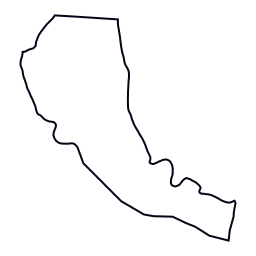 outline of Coolie Town, Praslin, Saint Lucia
{"feature_id": "8701671B21751079889511", "entity_name": "Coolie Town", "entity_type": "district", "adm_level": 2, "iso_a3": "LCA", "parent_name": "Saint Lucia", "parent_adm1": "Praslin", "projection": "albers", "projection_center": [-60.913, 13.854], "detail": "fine", "context": "isolated", "style": "outline", "palette": "ink", "viewbox_px": 256, "rotation_deg": 0, "n_neighbors": 0, "source": "geoboundaries", "source_scale": "gbopen_adm2", "svg_char_len": 5802}
<svg xmlns="http://www.w3.org/2000/svg" viewBox="0 0 256 256"><path d="M22.6,51.9L22.6,52.8L22.6,53.3L22.5,53.7L22.3,54.8L22.1,56.0L22.0,56.3L21.7,57.5L21.6,57.9L21.5,58.2L21.2,59.0L21.0,59.7L20.9,60.1L20.7,60.9L20.7,61.3L20.6,61.7L20.6,62.0L20.5,63.2L20.5,64.4L20.6,64.9L20.6,65.3L20.7,65.8L20.9,66.2L21.0,66.5L21.4,67.7L21.7,68.4L22.4,70.3L22.6,71.1L22.7,71.4L22.7,71.9L22.8,72.9L22.9,73.3L23.0,73.7L23.0,74.1L23.1,74.7L23.2,75.1L23.3,75.5L23.5,76.4L23.6,76.8L23.9,77.5L24.0,77.9L24.6,79.5L24.8,80.0L25.4,81.8L25.7,82.4L25.9,83.2L26.2,84.0L26.4,84.9L26.6,85.8L26.9,87.0L27.2,88.0L27.7,89.2L28.7,91.2L29.4,92.6L30.4,95.1L30.5,95.5L30.7,95.9L32.1,98.6L32.3,99.0L32.6,99.7L34.0,103.1L34.9,105.2L35.1,105.6L35.2,106.0L35.3,106.3L35.5,107.2L35.7,108.0L35.9,108.8L36.0,109.1L36.1,109.6L36.2,110.0L36.4,110.7L36.7,111.7L37.0,112.4L37.2,112.8L37.3,113.1L37.7,113.8L38.0,114.1L38.3,114.3L39.4,114.8L40.1,115.1L40.7,115.6L41.4,116.2L41.7,116.5L42.6,117.4L42.8,117.7L43.1,118.1L43.7,118.6L44.3,119.1L44.6,119.3L45.6,120.0L47.1,120.6L48.2,121.1L48.5,121.2L48.9,121.3L49.2,121.4L49.6,121.5L50.0,121.6L50.9,121.6L52.7,121.9L53.1,122.0L53.4,122.1L53.8,122.2L54.1,122.4L54.4,122.7L55.0,123.2L55.3,123.5L55.5,123.7L55.7,124.2L55.8,124.5L55.9,124.9L55.9,126.0L55.9,126.4L55.4,127.9L55.1,128.7L55.0,129.0L54.7,129.7L54.4,130.4L54.1,131.5L53.8,132.4L53.6,133.1L53.5,133.9L53.5,135.3L53.6,135.8L54.0,136.9L54.1,137.3L54.2,137.7L54.4,138.1L55.0,139.3L55.7,140.2L56.2,140.9L57.2,141.6L57.5,141.9L57.8,142.1L58.5,142.5L59.3,143.0L59.7,143.1L60.6,143.4L61.4,143.5L61.8,143.5L62.3,143.6L63.1,143.6L63.5,143.7L64.2,143.7L64.6,143.7L67.7,143.7L68.5,143.7L68.8,143.7L69.9,143.5L70.4,143.4L70.7,143.3L72.2,143.3L73.0,143.5L73.4,143.6L73.8,143.7L74.5,144.1L75.1,144.5L75.3,144.8L75.9,145.4L77.4,147.1L83.4,163.3L121.2,201.2L143.9,214.5L153.7,216.2L172.6,216.7L185.6,222.9L195.3,226.8L209.4,235.7L228.6,240.6L229.8,230.3L233.7,216.1L233.7,213.5L234.5,208.1L235.5,203.6L235.3,202.4L235.0,201.5L234.4,200.7L231.5,202.1L230.0,202.5L229.3,202.6L228.7,202.6L227.9,202.5L227.6,202.4L227.2,202.4L226.8,202.3L226.5,202.2L226.1,202.1L225.7,202.0L225.4,201.9L224.7,201.7L223.6,201.3L223.3,201.1L222.9,201.0L222.2,200.7L221.5,200.3L220.8,200.0L220.2,199.7L219.1,199.0L218.2,198.4L217.9,198.2L217.2,197.8L216.9,197.7L216.3,197.4L215.9,197.2L214.9,196.7L214.2,196.4L213.5,196.1L211.8,195.3L210.1,194.7L209.4,194.6L209.0,194.4L208.7,194.4L208.0,194.3L206.8,194.2L205.7,194.1L204.7,193.9L203.1,193.7L202.0,193.7L201.6,193.7L200.6,193.3L200.2,193.1L199.9,192.8L199.7,192.6L199.4,192.2L199.3,191.8L199.3,191.3L199.5,190.6L199.6,190.2L199.9,189.6L200.3,188.8L200.4,188.5L200.5,188.1L200.5,187.6L200.4,187.2L200.2,186.8L200.0,186.5L199.6,185.9L199.0,185.3L198.4,184.7L198.1,184.5L196.8,183.2L196.0,182.6L195.6,182.3L195.3,182.1L194.9,181.9L194.5,181.7L193.1,181.0L192.4,180.6L191.4,180.0L191.0,179.8L190.4,179.4L190.0,179.2L189.3,179.0L188.7,178.7L187.5,178.4L186.8,178.1L186.5,178.2L186.1,178.2L185.8,178.4L185.4,178.5L184.7,178.8L184.1,179.3L183.9,179.5L183.2,180.1L183.0,180.3L182.5,180.8L182.0,181.5L181.3,182.4L180.1,183.9L179.9,184.2L179.4,184.8L179.1,185.0L178.4,185.3L178.0,185.5L177.4,185.7L177.0,185.9L176.3,186.2L176.0,186.3L175.6,186.4L174.4,186.3L174.1,186.2L173.6,186.0L173.3,185.9L172.3,185.4L172.0,185.2L171.7,184.9L171.5,184.6L171.3,184.2L171.2,183.9L171.0,183.5L170.9,182.7L170.9,181.4L171.0,181.1L171.0,180.7L171.0,180.2L171.2,179.0L171.3,178.6L171.4,178.2L172.4,175.3L172.5,174.8L172.5,174.3L172.6,173.9L172.7,173.1L172.7,171.7L172.7,171.3L172.7,168.4L172.6,167.9L172.5,167.1L172.4,166.7L172.3,166.3L172.2,165.8L172.0,165.0L171.9,164.7L171.5,163.9L171.3,163.6L170.6,162.2L170.1,161.6L169.5,161.0L169.2,160.8L168.9,160.5L168.5,160.3L167.8,160.0L167.1,159.7L166.4,159.5L164.9,159.5L164.5,159.6L163.8,159.7L163.4,159.8L162.7,160.0L161.9,160.3L161.2,160.7L160.8,160.8L159.5,161.3L157.9,162.1L154.8,163.5L154.3,163.7L153.5,164.0L152.7,164.0L152.3,163.9L151.5,163.7L151.1,163.5L150.7,163.4L150.4,163.2L150.1,162.9L149.8,162.7L149.6,162.3L149.6,161.9L149.7,161.4L149.8,161.1L150.0,160.8L150.3,159.6L150.4,159.1L150.4,158.2L150.3,157.4L150.2,157.0L149.9,156.2L149.6,155.4L149.1,154.3L147.8,151.8L147.5,151.1L147.1,150.2L146.9,149.4L146.6,148.7L145.7,146.1L145.0,144.2L144.4,142.9L143.7,141.4L142.9,139.7L142.7,139.3L142.3,138.6L141.3,136.9L140.6,135.9L139.9,134.7L139.6,134.3L139.3,133.6L139.1,133.3L138.4,132.0L136.7,129.1L136.4,128.8L136.2,128.4L136.0,128.0L135.5,127.2L134.1,124.5L133.7,123.6L133.5,123.1L133.1,121.9L132.4,120.4L131.9,119.0L131.1,116.2L130.9,115.5L130.8,115.2L130.6,114.8L130.4,114.1L130.0,113.3L129.8,113.1L129.6,112.7L128.9,111.2L128.8,110.8L128.4,109.7L128.3,109.3L128.2,108.5L128.2,108.0L128.0,106.7L128.0,105.5L128.0,104.9L128.0,104.1L127.9,103.4L127.9,102.4L127.9,101.9L127.9,97.5L128.0,97.0L128.0,93.0L128.0,92.6L128.1,89.9L128.2,88.9L128.2,87.7L128.3,87.2L128.3,86.2L128.4,84.8L128.4,83.8L128.6,81.0L128.7,80.2L128.7,79.8L128.9,78.1L128.9,77.7L129.0,77.3L129.0,76.5L129.0,75.4L128.9,72.8L128.8,72.2L128.8,71.8L128.5,71.0L128.4,70.7L128.3,70.2L128.0,69.4L127.2,68.0L127.0,67.5L126.8,67.2L126.3,66.5L126.1,66.0L125.9,65.7L125.7,65.4L125.3,64.6L124.9,63.5L124.5,62.2L124.3,61.1L124.1,60.0L124.0,59.6L123.9,58.7L123.8,57.9L123.6,57.1L123.3,56.1L122.9,54.8L122.6,53.7L122.2,52.4L121.9,50.9L121.5,48.4L121.4,48.0L121.1,46.3L120.9,44.6L120.6,42.7L120.6,42.3L120.5,41.8L120.4,40.6L120.3,40.2L120.2,39.1L120.1,37.7L120.0,37.3L120.0,36.9L119.9,36.5L119.8,36.1L119.7,35.5L119.6,34.7L119.4,33.3L119.1,31.8L118.9,30.2L118.7,29.0L118.6,28.6L118.5,27.8L118.4,27.4L118.3,27.1L118.3,26.7L118.2,26.3L118.1,25.4L117.9,23.2L117.9,22.4L117.9,19.4L75.2,16.6L54.8,15.4L52.7,18.4L46.5,24.6L41.2,31.5L38.9,34.9L37.5,38.2L36.2,41.6L35.6,45.9L33.3,48.3L28.3,49.8L25.6,51.5L22.6,51.9Z" fill="none" stroke="#020617" stroke-width="2"/></svg>